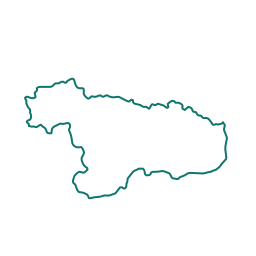 an SVG outline of Karnali, rotated 334°
{"feature_id": "NPL-1126", "entity_name": "Karnali", "entity_type": "Administrative Zone", "adm_level": 1, "iso_a3": "NPL", "parent_name": "Nepal", "parent_adm1": "", "projection": "natural_earth1", "projection_center": [82.262, 29.569], "detail": "fine", "context": "isolated", "style": "outline", "palette": "teal", "viewbox_px": 256, "rotation_deg": 334, "n_neighbors": 0, "source": "natural_earth", "source_scale": "10m", "svg_char_len": 4364}
<svg xmlns="http://www.w3.org/2000/svg" viewBox="0 0 256 256"><g transform="rotate(334 128 128)"><path d="M65.4,52.0L67.0,52.5L75.9,56.8L77.5,57.3L79.1,57.0L80.7,56.4L82.3,56.1L85.4,57.5L88.0,57.3L89.4,57.6L90.1,58.1L91.0,59.4L91.5,59.9L92.2,60.1L92.9,59.8L93.6,59.4L94.3,59.2L97.4,58.9L99.1,59.1L100.3,59.8L100.6,61.1L99.8,66.3L100.0,68.7L100.8,70.2L102.1,71.2L104.1,72.0L105.2,73.1L104.8,74.8L103.1,78.2L103.2,79.4L103.7,81.3L104.4,83.1L105.0,84.1L106.5,84.4L107.9,83.8L109.2,83.6L112.5,85.8L114.0,86.0L115.5,86.0L117.2,86.5L117.8,87.0L118.7,88.5L119.3,89.0L120.5,89.2L121.6,89.1L122.7,89.1L123.9,89.8L124.8,91.2L126.0,92.4L127.4,93.5L128.7,94.2L132.3,95.4L133.6,96.2L139.3,103.7L140.5,104.7L141.3,104.6L142.8,104.1L143.6,104.2L144.4,104.8L144.5,105.5L144.1,106.4L143.9,107.5L144.6,109.0L149.1,112.7L150.4,114.9L151.2,115.8L152.1,116.3L153.0,116.6L153.8,117.1L154.3,118.2L155.3,119.8L156.9,119.2L158.5,117.9L160.0,117.3L160.7,117.6L161.8,118.9L162.4,119.4L163.1,119.5L164.7,119.3L165.6,119.4L169.8,123.3L170.4,124.3L171.4,126.4L172.2,127.1L173.3,127.0L173.7,126.0L173.9,124.8L174.3,123.8L174.8,123.6L176.7,123.1L178.4,122.9L179.3,122.9L180.2,123.3L181.2,124.1L181.4,124.6L181.7,125.7L181.9,126.2L182.5,126.5L183.7,127.0L184.3,127.3L186.0,129.2L186.6,130.4L186.8,131.7L186.6,132.5L186.1,132.9L185.7,133.5L185.6,134.6L186.9,136.6L191.6,135.5L193.6,137.7L193.8,139.3L193.6,140.6L193.7,141.7L196.0,143.7L196.1,144.7L196.1,145.8L196.4,147.0L197.3,147.9L198.2,148.4L199.0,149.1L199.7,151.6L200.5,152.3L202.5,153.2L203.8,154.2L204.5,155.5L205.3,158.9L205.4,160.9L205.6,161.8L206.1,162.5L207.0,162.9L208.9,163.1L209.7,163.8L210.5,164.4L213.5,165.0L214.6,165.1L215.8,164.6L216.3,167.7L216.0,168.4L215.3,169.3L214.5,170.1L213.8,171.1L213.4,172.2L212.8,179.1L212.5,180.4L212.0,181.3L211.4,181.9L207.3,187.5L206.0,190.1L203.5,197.5L202.5,198.9L195.9,201.6L194.3,202.6L192.7,203.2L189.2,204.0L187.8,204.0L185.4,203.6L183.7,203.7L182.5,203.5L180.5,202.8L178.4,202.5L175.6,201.8L164.6,195.8L163.0,195.2L162.0,195.0L157.5,195.4L153.7,195.0L152.7,195.1L151.9,195.4L150.7,195.7L149.6,195.3L146.1,192.7L145.7,191.9L145.5,191.0L145.6,189.8L145.6,188.5L145.4,187.3L145.0,186.6L142.1,183.4L140.9,182.3L139.9,181.7L135.6,180.3L131.1,178.3L129.5,178.1L128.7,178.6L128.4,178.9L128.4,179.0L127.8,179.3L126.9,179.6L126.3,179.6L125.7,179.4L124.1,178.7L123.7,178.4L123.4,177.9L123.2,177.4L123.2,176.8L123.4,175.9L123.6,175.3L123.8,174.6L123.9,173.8L124.0,172.9L123.9,172.1L123.6,171.1L120.2,169.4L114.6,169.3L113.4,169.5L106.1,173.0L105.4,173.6L104.9,174.2L104.0,175.7L103.5,176.4L102.8,176.9L102.2,177.4L101.8,178.1L101.3,179.1L100.2,180.4L99.3,180.8L98.4,180.9L97.7,180.5L97.3,179.9L96.8,178.9L96.5,178.7L96.2,178.5L94.8,177.9L88.1,181.2L82.2,180.6L80.7,180.1L79.1,179.3L78.0,178.6L76.7,178.2L72.7,177.5L66.7,175.3L64.0,174.8L62.7,174.2L62.2,173.8L62.2,173.2L62.3,172.3L62.2,170.1L60.4,167.7L59.4,166.6L58.4,165.8L56.2,164.3L55.7,163.8L55.4,162.7L55.2,161.2L55.8,155.7L55.2,154.3L54.9,153.4L54.9,152.5L55.2,151.6L55.9,150.7L58.2,148.2L59.3,147.3L62.4,146.3L63.4,146.1L64.8,146.0L65.4,146.2L65.9,146.5L67.8,148.3L68.5,148.7L69.5,148.7L70.7,148.5L73.3,147.7L73.8,146.1L73.0,144.6L72.2,142.9L71.9,140.9L72.0,138.8L72.2,137.0L72.7,135.5L73.4,134.4L76.4,132.2L77.6,131.0L78.0,129.2L78.1,127.7L78.0,125.8L77.7,125.0L77.3,124.5L75.9,124.0L75.5,123.9L74.3,123.3L73.4,122.7L72.6,121.8L71.8,120.7L71.4,119.2L71.3,118.1L71.3,117.3L73.4,110.4L73.7,108.1L73.9,105.3L74.1,104.2L74.3,103.5L74.8,103.0L75.8,102.2L76.3,101.6L76.7,101.0L77.0,100.4L77.2,99.7L77.1,98.6L76.8,97.8L76.1,97.1L75.1,96.8L72.3,96.2L71.0,95.7L70.1,94.9L69.2,94.5L67.8,94.3L62.3,94.4L61.5,94.5L60.7,94.7L59.1,95.7L57.3,98.6L56.8,99.0L56.4,99.0L55.9,98.8L55.2,98.4L53.6,97.2L53.3,96.4L53.3,95.7L53.5,94.0L53.5,93.0L53.4,92.1L53.1,91.3L52.8,90.7L52.4,90.2L51.7,88.6L51.3,87.1L51.0,86.9L50.6,86.8L49.0,86.8L46.6,87.1L45.9,86.9L45.3,86.6L44.4,85.7L43.7,85.2L42.1,84.6L40.5,83.3L39.9,82.9L40.2,82.2L40.5,80.8L40.3,80.2L39.7,78.8L39.8,78.1L40.6,77.5L41.7,77.4L42.9,77.5L43.9,77.4L45.0,76.5L45.9,75.3L46.5,73.8L46.8,71.0L47.7,69.4L48.0,68.5L47.9,67.7L47.4,66.3L47.3,65.5L47.3,62.4L47.5,60.9L48.3,59.7L48.7,58.4L48.5,57.0L48.7,55.8L50.2,55.4L51.6,56.0L54.2,58.8L55.7,59.6L57.7,59.9L58.5,59.6L59.3,56.2L59.7,55.4L60.2,55.1L61.6,54.8L62.6,54.3L63.0,53.6L63.2,52.8L63.7,52.2L65.4,52.0Z" fill="none" stroke="#0f766e" stroke-width="2"/></g></svg>